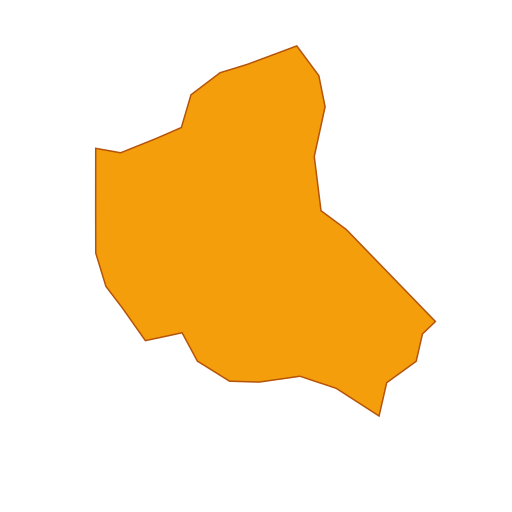 the district of Uijeongbu-si, Gyeonggi, South Korea, rotated 73°
{"feature_id": "91817680B6871011244235", "entity_name": "Uijeongbu-si", "entity_type": "district", "adm_level": 2, "iso_a3": "KOR", "parent_name": "South Korea", "parent_adm1": "Gyeonggi", "projection": "natural_earth1", "projection_center": [127.071, 37.727], "detail": "fine", "context": "isolated", "style": "filled", "palette": "amber", "viewbox_px": 512, "rotation_deg": 73, "n_neighbors": 0, "source": "geoboundaries", "source_scale": "gbopen_adm2", "svg_char_len": 538}
<svg xmlns="http://www.w3.org/2000/svg" viewBox="0 0 512 512"><g transform="rotate(73 256 256)"><path d="M371.1,103.6L257.1,161.9L231.7,180.6L177.9,171.2L133.5,146.3L101.9,143.2L67.0,155.6L70.2,208.7L70.2,236.7L82.8,271.0L111.3,289.8L114.5,317.9L117.7,355.3L106.2,377.8L165.2,395.9L206.4,408.4L241.2,408.4L266.6,399.0L303.5,386.9L304.6,386.5L307.8,349.1L339.4,342.8L368.0,317.9L377.5,289.8L383.8,249.2L406.0,218.0L445.0,185.1L415.4,168.1L403.5,133.6L379.2,119.6L371.1,103.6Z" fill="#f59e0b" stroke="#b45309" stroke-width="1.5"/></g></svg>